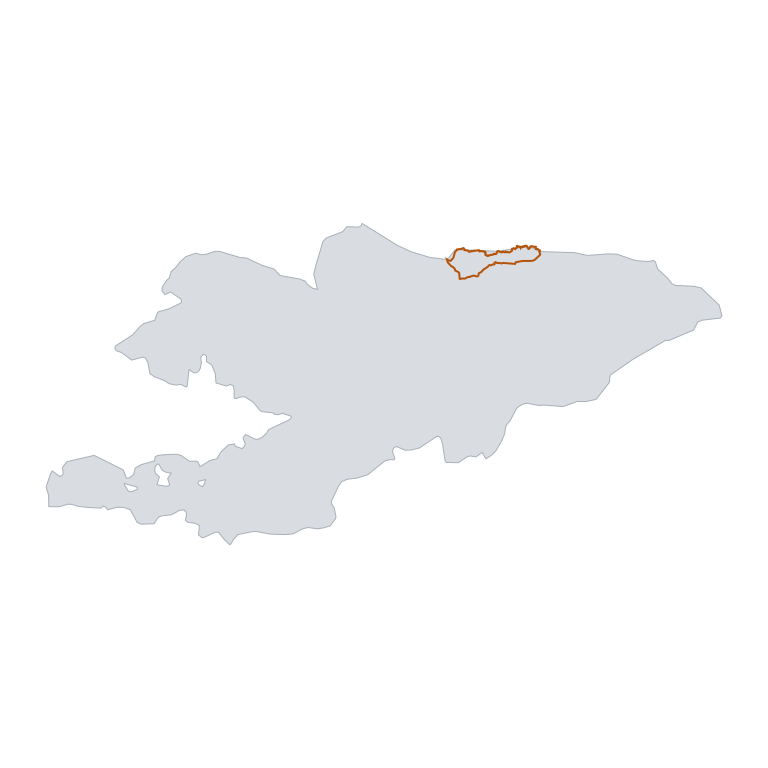 Kemin, Chuy, Kyrgyzstan shown in context
{"feature_id": "92254566B21281891478391", "entity_name": "Kemin", "entity_type": "district", "adm_level": 2, "iso_a3": "KGZ", "parent_name": "Kyrgyzstan", "parent_adm1": "Chuy", "projection": "orthographic", "projection_center": [76.498, 42.781], "detail": "fine", "context": "in_parent", "style": "outline", "palette": "amber", "viewbox_px": 768, "rotation_deg": 0, "n_neighbors": 0, "source": "geoboundaries", "source_scale": "gbopen_adm2", "svg_char_len": 8960}
<svg xmlns="http://www.w3.org/2000/svg" viewBox="0 0 768 768"><path d="M155.3,456.8L157.4,455.6L163.9,454.7L176.9,454.3L181.2,455.5L189.8,461.4L196.6,461.1L197.8,461.9L200.1,466.6L209.9,460.5L216.8,458.9L220.6,452.4L228.3,444.9L234.6,444.0L234.7,445.2L235.8,446.5L242.1,448.6L244.1,446.6L245.3,443.8L243.3,439.1L243.3,437.2L245.5,434.5L255.4,439.3L257.7,439.3L262.4,437.1L266.8,433.0L268.5,429.7L289.7,419.6L291.2,417.7L291.0,416.2L282.4,413.3L278.5,414.6L274.8,414.5L272.7,412.8L262.2,411.7L259.9,410.4L253.3,402.2L244.9,396.8L240.7,396.9L235.6,398.7L234.1,397.7L234.1,390.2L233.3,385.7L230.4,384.5L226.4,386.0L216.0,383.0L215.3,373.6L211.8,365.1L206.4,361.5L206.5,356.5L204.6,354.3L202.9,354.8L200.7,357.2L201.4,362.7L200.3,368.2L198.9,370.9L196.3,372.7L193.6,372.6L189.0,369.6L187.2,386.1L186.2,387.1L180.7,384.4L176.0,385.1L169.2,383.7L164.3,380.6L154.4,376.8L149.9,373.5L147.8,362.2L145.3,358.0L142.7,357.0L131.9,360.1L121.5,352.5L116.2,350.7L114.9,348.5L115.4,346.0L132.7,334.8L139.8,326.7L144.1,323.4L154.7,320.3L157.5,312.6L158.5,311.8L169.2,308.7L181.4,302.6L181.7,300.7L180.7,299.0L170.5,292.0L165.0,294.6L162.0,290.7L162.3,287.0L166.2,280.8L169.4,277.8L171.0,271.7L175.5,267.8L180.3,261.6L185.9,256.6L195.9,253.2L201.3,254.8L206.5,254.2L214.6,251.4L219.5,251.4L239.6,257.4L246.4,258.0L261.9,265.3L274.2,269.1L280.0,275.5L299.9,279.1L305.3,281.2L307.1,284.2L312.7,288.3L317.5,289.3L313.8,274.2L315.8,265.5L323.0,241.4L326.4,237.9L342.8,231.6L346.7,226.7L358.2,227.1L360.7,226.2L362.1,223.4L397.5,245.5L411.0,251.7L429.8,257.4L445.8,259.4L448.5,258.2L455.0,250.0L458.0,249.6L497.6,251.3L525.9,246.8L530.0,247.0L540.6,251.6L574.2,252.6L587.4,255.4L608.3,253.9L617.1,254.2L633.1,259.8L638.7,260.9L649.1,261.5L653.0,260.4L655.3,261.7L657.8,269.1L667.9,278.4L671.7,283.5L675.5,285.4L694.2,286.3L701.3,288.0L719.3,305.3L721.9,315.8L720.2,318.1L701.9,320.2L697.8,322.0L693.6,330.0L669.2,340.4L665.5,340.4L632.8,359.4L610.1,375.2L609.3,382.5L596.1,399.4L585.9,401.6L577.3,401.4L563.1,406.6L544.9,405.1L538.7,405.4L526.8,403.2L521.9,404.5L516.9,407.9L509.8,421.2L506.9,424.3L505.6,427.3L504.6,433.8L501.8,440.6L495.8,451.0L490.7,455.8L485.9,458.8L482.2,452.5L475.9,456.9L470.1,455.9L466.5,457.2L458.3,462.7L446.3,462.4L445.0,460.5L442.8,445.3L440.8,438.1L439.1,436.5L436.9,436.3L419.6,447.9L411.6,449.9L405.0,450.2L396.5,446.5L394.6,447.3L393.1,449.2L392.5,451.6L394.8,458.4L394.1,459.8L390.2,459.6L384.8,461.0L367.9,474.6L357.4,478.0L347.6,479.2L341.7,481.5L338.3,486.6L331.5,500.9L331.7,503.9L334.2,507.9L336.0,516.7L335.4,518.9L330.0,526.0L323.2,527.9L317.9,528.8L307.9,527.5L302.7,528.8L293.0,533.9L285.1,534.6L270.3,534.1L255.9,531.4L251.1,531.9L238.1,534.5L233.5,539.4L230.9,544.0L229.6,544.6L224.7,540.0L218.5,532.3L215.3,532.2L203.4,537.7L201.7,537.4L198.5,534.9L199.4,525.5L195.8,523.4L188.0,522.4L185.4,520.2L186.6,514.2L185.9,511.9L183.9,510.0L179.8,510.2L171.4,514.8L161.6,515.9L158.2,517.3L154.1,523.7L141.2,524.2L137.2,522.4L130.2,509.7L123.7,507.4L116.9,507.3L107.6,509.8L105.6,507.1L103.2,506.1L101.0,508.1L89.7,507.6L78.4,506.4L72.0,504.4L67.7,504.2L59.1,506.8L48.8,506.6L48.6,495.1L46.1,487.2L50.2,474.8L52.2,470.9L59.5,476.3L62.3,475.7L63.2,473.3L62.5,467.5L66.8,461.7L94.2,455.4L123.2,469.9L126.5,478.2L129.1,478.0L133.5,474.7L135.2,468.0L141.3,464.6L154.4,460.9L155.3,456.8ZM168.9,485.7L169.6,484.6L167.7,478.6L171.1,473.2L165.0,471.9L162.1,470.1L158.9,464.3L157.8,464.0L155.9,465.4L154.7,469.0L155.3,473.0L159.4,477.0L156.9,484.7L165.8,486.3L168.9,485.7ZM137.4,489.1L137.3,487.4L135.2,486.5L124.2,483.5L124.5,485.1L128.4,491.2L131.7,491.8L137.4,489.1ZM204.6,483.2L205.5,479.6L198.6,481.3L197.8,483.1L199.9,485.6L202.8,486.6L204.6,483.2Z" fill="#d9dde1" stroke="#a8b0b8" stroke-width="1"/><path d="M459.7,278.8L460.4,279.0L461.7,278.6L462.1,278.5L464.7,278.6L465.1,278.5L465.4,278.4L467.1,277.4L468.0,277.0L469.6,277.0L470.1,276.9L470.6,276.4L471.0,276.3L471.8,276.2L472.9,275.8L473.6,275.6L474.4,275.7L476.6,276.4L477.2,276.4L477.8,276.2L478.4,275.6L478.5,274.8L478.6,274.0L478.8,273.3L479.2,273.0L480.4,272.5L481.4,271.9L481.9,271.3L482.2,270.9L482.8,270.3L483.4,269.9L483.9,269.3L484.4,268.8L485.7,268.3L486.2,267.8L486.8,267.4L487.3,267.1L487.9,266.7L488.4,266.0L488.8,265.5L489.4,265.1L489.7,265.1L490.4,265.2L490.9,265.4L491.3,265.3L492.1,264.8L492.5,264.5L492.9,264.4L493.3,264.4L494.2,264.5L494.6,264.1L494.7,263.8L494.5,263.2L494.5,262.8L494.9,262.4L495.3,262.2L495.9,262.3L497.2,263.0L497.9,263.1L499.4,263.0L500.5,263.2L501.4,263.5L502.1,263.3L502.7,262.9L515.1,263.9L515.9,262.2L523.0,260.9L528.3,261.0L531.4,260.9L532.5,260.7L534.1,260.2L534.8,259.8L539.9,255.0L540.1,254.5L540.2,254.0L539.9,253.3L539.3,251.8L539.9,251.2L539.9,250.9L540.0,250.7L539.9,250.4L539.7,250.4L539.4,250.4L539.2,250.4L539.0,250.2L538.8,250.1L538.6,249.8L538.2,249.4L537.9,249.2L537.6,249.1L537.4,248.9L537.2,248.8L536.8,249.0L536.5,249.1L536.2,249.2L535.6,248.7L535.8,248.3L535.9,248.1L535.7,247.5L535.8,247.2L535.9,246.9L535.7,246.8L534.8,246.7L534.5,246.8L534.4,246.9L534.1,247.0L533.8,246.8L533.6,246.6L533.4,246.5L533.0,246.6L532.7,246.6L532.3,246.5L532.2,246.3L531.6,246.1L531.4,246.2L531.2,246.5L530.7,246.4L530.4,246.5L530.3,247.4L529.9,247.8L529.8,248.1L529.1,248.8L528.7,248.9L528.7,248.5L528.6,248.3L528.2,248.4L527.9,248.2L527.9,247.8L527.5,247.5L527.4,247.4L527.3,247.1L527.2,246.9L527.1,246.6L527.0,246.4L526.9,246.0L526.7,245.8L526.3,245.8L526.2,245.8L525.7,246.1L525.2,245.7L524.7,245.9L524.2,246.1L524.1,246.4L523.8,246.2L523.5,246.2L523.4,246.1L523.2,246.1L523.0,246.4L522.9,246.5L522.7,246.8L522.7,247.0L522.3,247.1L521.8,247.4L521.6,247.3L521.5,247.1L521.4,247.0L521.3,246.9L521.1,246.9L521.0,247.0L520.8,247.1L520.7,247.4L520.6,247.1L520.3,246.8L520.1,246.8L519.9,246.7L519.7,246.6L519.3,247.0L519.1,247.0L518.9,246.9L518.7,246.8L518.5,246.6L518.4,246.6L517.9,246.4L517.8,246.2L517.7,246.1L517.5,245.9L517.0,246.0L516.9,246.0L516.9,246.3L516.8,246.5L517.0,246.8L517.0,247.0L516.9,247.3L516.5,247.7L516.3,248.0L516.2,248.3L515.9,248.4L515.5,248.4L515.4,248.5L515.0,248.8L515.0,249.0L514.7,248.9L514.3,248.4L513.7,248.2L513.0,248.6L512.5,248.7L512.2,248.7L512.0,249.0L511.8,249.4L512.1,249.7L512.2,249.9L512.2,250.0L511.9,250.3L511.9,250.7L511.8,251.0L511.7,251.1L511.2,251.3L510.8,251.5L510.6,251.7L510.6,251.8L510.4,252.0L510.1,252.1L509.8,252.1L509.5,252.3L509.4,252.4L508.5,252.3L508.2,252.3L508.1,252.1L507.5,252.0L507.2,252.0L506.6,252.2L506.1,251.9L505.9,251.7L505.8,251.9L505.5,252.1L505.1,252.1L504.8,252.3L504.7,252.3L504.0,251.8L503.7,251.7L503.4,251.6L503.2,251.5L502.9,251.8L502.7,252.1L502.3,252.1L502.2,252.2L502.1,252.3L501.5,252.3L501.3,252.1L501.2,252.0L500.8,252.1L500.5,252.1L500.2,251.9L500.0,252.0L499.8,251.8L499.4,251.5L499.0,251.3L498.7,251.2L498.4,251.0L498.1,251.2L497.5,251.2L497.3,251.3L497.3,251.5L497.2,251.6L497.2,252.0L497.2,252.3L496.9,252.5L496.7,252.5L496.6,252.9L496.4,253.3L496.2,253.6L496.3,253.7L495.8,254.1L495.7,254.1L495.0,253.9L494.9,253.9L494.6,254.1L494.4,254.1L494.1,254.2L493.6,253.9L493.3,254.1L493.1,254.5L492.4,254.9L492.0,254.9L491.7,254.9L491.4,254.9L490.8,254.8L490.6,254.8L490.1,255.2L489.9,255.2L489.6,255.3L489.4,255.5L489.1,255.5L488.8,255.4L488.7,255.4L488.6,255.6L488.4,255.6L488.3,255.8L488.0,255.9L487.8,256.0L487.4,255.8L486.9,255.8L486.7,255.2L485.9,255.0L485.5,254.9L485.4,254.8L485.4,254.6L485.4,254.4L485.4,254.1L485.3,253.8L485.2,253.7L485.3,253.3L485.6,253.1L485.7,252.9L485.7,252.7L485.5,252.4L485.3,251.9L484.8,251.9L484.5,251.8L484.3,251.6L484.1,251.6L483.9,251.6L483.7,251.4L483.4,251.4L483.1,251.2L482.9,251.3L482.4,251.1L482.1,251.2L481.8,251.2L481.7,251.1L481.0,251.1L480.5,251.0L480.2,251.2L479.9,251.2L479.6,251.4L479.3,251.4L479.2,251.3L479.2,251.2L479.1,250.5L479.0,250.3L478.9,250.2L478.8,250.3L478.4,250.2L478.0,250.3L477.7,250.4L477.1,250.4L476.8,250.5L476.1,250.6L475.4,250.7L475.2,250.7L474.9,250.9L474.6,250.9L474.4,250.9L474.2,250.7L473.9,250.9L473.6,250.9L473.3,250.8L473.1,250.9L472.9,251.1L472.7,251.3L472.4,251.2L472.1,251.0L471.7,250.9L471.6,251.0L471.4,251.1L471.1,251.4L470.9,251.5L470.6,251.4L470.3,251.5L470.1,251.4L469.9,251.6L469.7,251.5L469.1,251.8L468.8,251.7L468.6,251.5L468.6,251.2L468.4,251.0L468.3,250.9L468.1,250.9L467.9,250.7L467.6,250.5L467.4,250.4L467.1,250.4L466.8,250.4L466.4,250.3L465.4,250.3L464.8,250.0L464.6,250.1L464.4,250.0L464.4,249.8L464.6,249.5L464.5,249.1L464.2,248.8L464.1,248.7L463.9,248.4L463.7,248.2L463.4,248.1L463.0,248.2L462.9,248.2L462.9,248.3L462.5,248.7L461.9,248.7L461.2,249.1L460.5,249.1L460.4,249.0L460.0,249.1L459.8,249.1L459.6,249.1L459.2,249.2L458.9,249.2L458.7,249.2L458.4,249.2L458.2,249.4L457.9,249.6L457.7,249.7L457.3,249.4L457.0,249.4L456.6,250.1L456.3,250.6L455.7,251.2L454.8,252.7L454.2,254.8L453.9,256.3L453.2,258.0L452.5,258.8L452.1,259.3L451.9,259.4L450.6,260.9L450.3,260.9L449.0,260.4L448.7,260.3L448.0,260.3L447.9,260.2L446.9,259.5L447.8,262.4L451.2,266.2L452.8,266.8L454.7,268.7L455.2,270.5L457.5,271.6L459.1,272.7L459.7,278.8Z" fill="none" stroke="#b45309" stroke-width="2"/></svg>